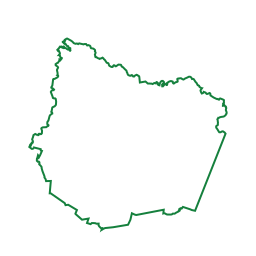 the district of Frontera Comalapa, Chiapas, Mexico, rotated 352°
{"feature_id": "50627088B89895407901700", "entity_name": "Frontera Comalapa", "entity_type": "district", "adm_level": 2, "iso_a3": "MEX", "parent_name": "Mexico", "parent_adm1": "Chiapas", "projection": "albers", "projection_center": [-92.074, 15.782], "detail": "fine", "context": "isolated", "style": "outline", "palette": "green", "viewbox_px": 256, "rotation_deg": 352, "n_neighbors": 0, "source": "geoboundaries", "source_scale": "gbopen_adm2", "svg_char_len": 5619}
<svg xmlns="http://www.w3.org/2000/svg" viewBox="0 0 256 256"><g transform="rotate(352 128 128)"><path d="M74.6,33.6L75.3,33.8L76.1,34.7L76.3,35.2L76.8,35.4L77.2,36.1L77.8,36.0L78.9,38.2L80.1,38.7L80.1,39.5L80.4,39.7L80.5,40.2L81.9,40.9L81.9,41.6L81.4,42.5L81.8,43.0L81.5,43.5L81.4,43.5L81.1,43.2L81.2,42.6L80.6,41.9L80.4,41.8L80.0,42.1L79.4,42.0L78.3,41.1L78.1,40.6L76.8,40.0L76.2,39.1L76.0,40.0L75.6,40.0L74.8,38.7L74.6,38.6L74.8,39.4L74.6,39.5L74.0,38.9L73.4,38.9L72.8,38.5L72.4,38.4L72.4,38.1L72.1,37.9L71.3,38.6L71.0,39.1L68.9,40.8L69.0,41.0L69.1,40.8L69.4,40.8L70.0,41.3L70.3,42.1L70.0,42.2L70.7,43.4L71.0,44.4L70.9,45.0L70.6,45.7L70.4,45.8L70.1,45.7L69.8,46.0L70.2,46.0L70.6,46.7L70.4,47.1L70.8,47.6L71.0,48.7L70.7,49.7L71.3,49.4L71.4,49.5L71.9,49.4L72.2,49.6L72.0,50.0L70.1,51.8L69.7,51.8L69.5,51.5L69.4,52.1L68.8,52.3L67.8,53.6L66.9,53.8L65.2,54.7L65.1,55.7L65.3,56.0L66.7,57.3L67.2,58.2L66.8,59.1L65.9,60.2L65.7,60.9L65.9,63.5L65.8,65.3L65.4,65.7L65.7,65.8L66.1,66.5L66.1,66.9L65.4,67.9L62.6,69.0L61.6,69.2L61.4,69.1L61.0,69.1L60.6,69.5L59.0,75.4L57.7,77.0L57.7,77.5L59.0,78.3L60.1,79.6L59.6,80.2L58.4,79.9L57.3,80.7L56.6,81.6L57.7,86.5L57.8,87.7L58.2,87.8L58.8,88.4L59.9,88.5L60.5,89.2L60.5,92.0L59.9,94.8L59.6,95.3L58.4,96.3L56.4,96.9L56.0,97.1L55.8,97.4L54.7,100.7L54.3,101.2L54.3,101.5L54.9,102.0L55.1,102.7L55.0,103.2L54.5,103.3L52.6,104.5L52.0,105.3L50.2,109.6L49.2,110.5L48.7,111.9L48.7,113.2L49.6,114.0L49.6,114.5L49.2,114.9L48.1,115.2L47.1,115.8L43.8,115.5L42.5,115.9L42.1,116.4L42.1,116.8L42.5,118.8L42.3,119.7L42.0,121.2L41.3,121.9L40.8,122.0L40.0,121.5L39.0,121.4L38.5,122.5L38.0,122.6L37.7,122.2L37.2,122.0L36.7,122.0L35.3,121.0L33.4,121.9L32.7,123.7L31.5,125.9L31.9,127.4L31.9,128.2L31.0,129.0L31.3,129.1L30.9,129.5L30.6,129.4L30.2,129.8L30.5,129.9L30.0,130.2L30.3,130.3L29.9,130.7L29.4,131.7L29.0,131.6L28.9,131.9L28.5,131.7L28.0,132.5L28.4,132.7L27.9,133.4L28.5,133.8L29.2,134.7L29.9,135.3L30.8,135.3L31.9,134.9L32.2,134.9L32.3,135.2L32.4,134.3L38.6,136.8L38.5,138.1L39.6,138.7L37.3,142.5L35.3,145.2L34.9,144.7L35.7,143.4L35.1,142.4L34.1,144.9L33.6,145.5L33.2,147.5L33.2,147.8L34.1,148.9L34.9,148.8L35.4,149.4L35.5,150.5L35.0,151.3L35.1,151.7L36.2,153.1L37.0,154.6L36.9,155.9L37.3,158.8L38.6,164.4L38.4,165.4L39.3,167.2L39.5,169.2L44.2,169.7L41.4,181.8L42.3,181.9L54.9,193.6L55.4,195.7L58.1,195.7L66.0,202.1L64.0,205.5L64.1,205.9L69.7,212.4L76.3,212.2L74.2,216.4L77.6,218.0L78.9,217.1L82.1,217.6L83.5,218.4L85.6,218.6L85.3,220.2L85.8,221.4L87.1,223.2L87.8,223.6L88.3,223.6L87.7,225.0L88.5,224.5L88.2,225.0L89.6,224.4L91.4,223.9L99.5,224.2L114.6,223.8L117.6,219.2L120.0,213.0L122.6,214.7L124.0,215.3L152.0,213.9L151.1,217.5L151.7,217.4L152.5,217.6L154.2,218.9L155.1,219.2L158.5,219.7L159.5,219.6L160.5,219.0L161.9,219.3L162.6,219.2L163.7,218.6L166.4,217.7L166.9,217.4L167.1,217.3L166.7,217.0L167.0,216.4L167.4,216.1L167.6,216.5L168.0,216.2L168.1,215.9L167.9,215.3L168.5,215.2L168.6,214.9L169.0,214.8L169.1,215.1L169.9,215.3L171.4,213.8L178.3,217.2L179.7,218.1L182.9,219.3L223.8,147.2L223.0,145.8L221.5,144.5L220.6,144.5L219.0,145.1L217.8,144.9L217.5,144.4L216.3,141.6L215.5,140.1L215.4,139.4L215.6,138.5L216.3,138.0L217.2,137.7L217.4,137.3L217.6,136.6L217.6,135.8L217.9,134.9L217.8,133.9L217.9,132.8L217.7,131.8L218.6,131.0L218.8,130.5L219.4,130.6L220.3,130.2L221.7,130.0L224.0,130.0L224.9,129.8L226.5,128.8L227.1,127.8L227.5,127.6L227.8,126.7L227.8,125.8L227.4,124.0L227.6,123.0L228.1,121.9L227.7,121.2L227.9,120.4L227.0,119.6L226.7,119.0L226.0,119.2L225.1,119.2L225.2,118.5L226.0,117.8L225.7,117.4L225.6,117.1L225.8,116.9L226.3,116.9L226.6,116.5L226.5,115.9L226.9,113.8L226.0,113.0L223.5,111.6L222.8,111.7L222.0,112.6L220.7,111.7L220.3,111.8L219.7,111.5L217.0,109.7L214.2,107.2L214.3,105.6L214.1,105.1L213.6,104.7L211.9,105.2L210.9,105.3L210.4,104.9L209.7,103.7L208.2,102.9L208.2,103.1L207.9,103.3L206.9,103.9L205.9,104.1L205.4,103.0L205.0,101.1L205.2,100.6L206.8,98.9L206.2,98.7L204.9,97.6L204.4,97.0L204.3,96.1L203.4,95.4L203.0,95.3L202.1,92.8L201.4,92.0L199.9,88.8L199.2,88.4L198.2,88.4L197.8,87.1L197.3,86.4L196.6,85.9L195.4,85.7L193.7,86.3L191.2,87.0L190.1,87.6L189.5,87.7L188.4,87.0L187.6,86.2L186.6,86.0L184.5,86.1L184.4,86.0L183.6,86.4L183.7,88.5L183.6,88.9L182.7,89.3L181.5,89.3L179.7,90.3L179.3,90.3L179.0,90.0L178.7,89.3L178.8,88.4L178.7,88.2L177.4,87.6L176.4,87.5L174.8,87.9L172.7,89.0L173.1,89.8L172.6,90.8L172.2,90.8L172.0,90.4L170.7,89.6L168.4,91.6L167.7,91.5L167.8,89.8L169.9,87.9L170.0,87.7L169.9,87.3L169.0,86.2L168.0,86.1L167.0,86.6L165.7,88.3L165.1,90.1L164.2,89.7L163.4,88.8L163.5,88.0L163.8,87.6L163.0,86.6L162.6,86.5L161.5,87.6L160.3,87.1L158.5,87.9L157.4,87.3L153.8,86.7L151.8,84.4L146.1,84.6L146.3,79.0L146.2,78.3L145.5,77.9L144.9,77.1L143.9,76.5L142.1,77.1L141.1,77.9L140.2,77.6L139.8,76.7L139.3,76.2L138.7,76.1L138.2,76.6L137.7,76.6L137.2,76.5L135.7,75.7L135.3,75.0L135.1,74.4L135.0,73.4L134.6,72.6L134.6,71.9L134.4,70.9L133.3,69.6L131.4,67.0L130.7,66.6L130.2,66.0L130.2,65.3L129.8,64.5L129.0,64.2L127.3,63.9L124.9,65.1L124.6,65.2L124.1,65.1L123.4,64.1L122.7,63.9L122.1,64.3L121.2,65.4L120.0,65.2L118.2,63.8L117.8,62.7L117.8,61.9L117.5,61.1L116.0,60.4L114.5,57.3L113.6,56.4L113.4,55.7L112.6,54.8L110.8,55.4L109.8,55.3L109.5,55.6L107.4,54.3L106.6,53.4L105.7,53.3L105.5,52.5L105.6,51.8L105.4,50.8L106.3,49.2L106.4,48.6L105.9,47.5L106.2,46.8L106.1,46.0L104.8,44.6L102.5,43.8L102.3,43.4L102.1,41.8L101.7,41.2L100.3,40.4L99.1,40.6L98.1,39.0L96.2,38.8L95.6,39.0L91.4,37.4L90.3,38.0L89.2,37.2L87.7,37.3L86.1,36.4L85.0,34.8L83.9,33.7L80.3,31.0L79.5,31.0L78.6,31.5L77.6,33.1L77.2,32.4L76.9,32.8L77.0,33.4L74.6,33.6Z" fill="none" stroke="#15803d" stroke-width="2"/></g></svg>